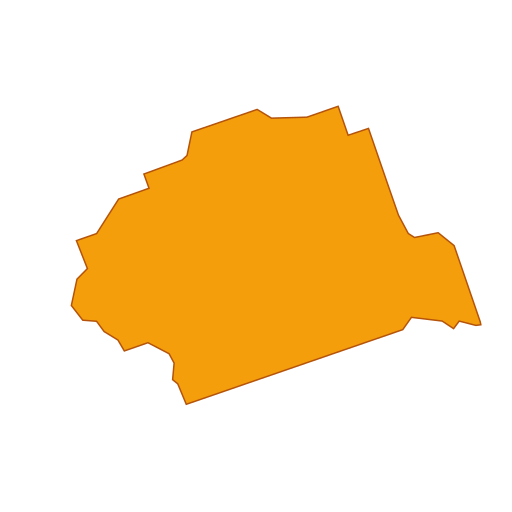 the district of Evangeline, Louisiana, United States of America, rotated 251°
{"feature_id": "52423323B28730875803746", "entity_name": "Evangeline", "entity_type": "district", "adm_level": 2, "iso_a3": "USA", "parent_name": "United States of America", "parent_adm1": "Louisiana", "projection": "natural_earth1", "projection_center": [-92.405, 30.74], "detail": "fine", "context": "isolated", "style": "filled", "palette": "amber", "viewbox_px": 512, "rotation_deg": 251, "n_neighbors": 0, "source": "geoboundaries", "source_scale": "gbopen_adm2", "svg_char_len": 679}
<svg xmlns="http://www.w3.org/2000/svg" viewBox="0 0 512 512"><g transform="rotate(251 256 256)"><path d="M370.0,176.7L354.9,176.9L354.6,144.7L329.1,112.6L329.0,91.2L299.0,92.5L292.4,79.2L269.3,65.3L251.7,71.3L246.2,84.0L234.0,87.8L221.5,98.1L209.1,100.6L209.2,125.6L191.9,142.0L181.4,143.7L166.2,136.9L160.6,140.4L138.5,141.8L138.6,370.8L147.4,383.0L133.9,410.8L123.0,419.2L128.3,426.9L118.8,441.3L117.8,446.2L120.8,446.6L201.3,446.7L218.7,435.8L221.9,411.9L227.7,407.3L248.2,404.0L281.6,403.9L340.0,403.9L340.2,382.4L370.8,382.4L370.7,349.3L381.3,315.5L394.2,304.8L394.2,235.8L373.5,223.5L370.8,217.4L370.0,176.7Z" fill="#f59e0b" stroke="#b45309" stroke-width="1.5"/></g></svg>